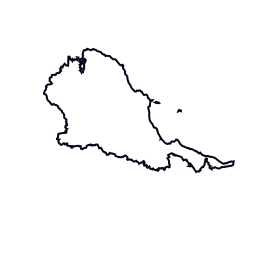 the district of Douglas, Queensland, Australia, rotated 323°
{"feature_id": "25037944B93362533996498", "entity_name": "Douglas", "entity_type": "district", "adm_level": 2, "iso_a3": "AUS", "parent_name": "Australia", "parent_adm1": "Queensland", "projection": "robinson", "projection_center": [145.346, -16.309], "detail": "fine", "context": "isolated", "style": "outline", "palette": "ink", "viewbox_px": 256, "rotation_deg": 323, "n_neighbors": 0, "source": "geoboundaries", "source_scale": "gbopen_adm2", "svg_char_len": 5828}
<svg xmlns="http://www.w3.org/2000/svg" viewBox="0 0 256 256"><g transform="rotate(323 128 128)"><path d="M192.2,218.3L191.6,218.1L190.5,216.9L187.0,215.6L185.8,215.7L184.4,214.5L183.2,214.4L182.6,214.0L180.8,209.4L179.4,204.1L176.9,200.8L176.2,200.5L175.3,198.8L172.6,196.8L171.9,195.1L171.1,194.5L170.9,191.1L169.9,190.9L169.7,191.1L169.2,190.7L169.0,188.4L168.2,187.6L168.4,187.2L167.7,186.4L166.5,183.5L164.5,181.8L164.5,180.6L163.5,179.9L160.5,174.7L160.1,172.2L160.5,168.0L160.2,166.9L159.5,166.2L158.8,166.6L156.7,166.7L155.0,165.2L153.4,165.2L152.5,165.9L151.9,165.7L151.1,164.8L150.0,164.6L149.5,164.0L148.6,162.2L148.2,157.8L147.9,156.8L148.1,156.3L147.6,156.3L148.1,155.9L148.9,150.5L150.5,145.9L150.1,144.4L149.0,143.2L149.9,139.3L149.7,136.9L150.2,134.6L152.0,131.4L154.5,128.2L156.4,123.8L157.2,123.4L158.5,123.7L161.9,120.2L163.0,120.3L163.5,120.8L164.3,120.5L163.4,120.0L162.3,118.6L162.6,117.3L162.0,116.6L162.9,113.9L162.9,112.5L160.6,111.2L160.5,108.7L160.9,107.8L160.3,106.5L160.4,105.5L159.3,104.6L158.6,104.6L157.6,103.4L156.4,103.7L155.5,103.2L155.0,99.9L155.0,97.6L155.6,95.7L155.7,92.4L157.2,88.3L158.5,86.3L158.3,83.0L159.9,80.5L160.0,77.4L160.7,76.2L161.5,75.8L161.9,74.8L161.6,74.2L160.7,74.7L159.5,72.6L159.3,65.6L157.7,64.4L157.0,62.5L156.7,59.6L154.5,57.5L153.4,57.0L153.4,55.2L152.8,54.9L152.0,52.8L152.1,51.3L149.5,47.6L149.4,46.3L148.7,45.7L148.4,44.8L147.7,44.5L147.5,43.8L145.3,43.7L143.0,40.1L142.4,40.2L142.1,40.7L140.7,40.2L139.9,39.4L138.9,39.7L136.0,41.8L135.7,43.4L133.9,44.4L133.9,46.2L133.2,45.3L132.0,44.5L131.0,44.7L130.6,46.0L130.7,47.6L132.4,47.8L132.9,47.0L133.6,47.4L134.1,47.1L134.2,45.5L134.6,46.8L135.3,47.4L135.1,48.4L133.0,49.8L132.0,50.0L131.3,50.6L129.3,53.6L128.4,53.5L127.7,54.9L127.2,54.8L127.0,55.2L126.1,55.5L125.6,56.3L124.6,55.7L124.2,55.9L124.5,54.1L124.2,53.1L125.9,53.0L126.7,52.2L125.8,51.1L125.9,50.5L127.1,49.9L127.5,49.3L127.5,48.5L128.9,49.1L128.9,48.6L130.1,48.6L129.3,47.4L129.8,46.8L129.1,45.6L130.0,44.7L129.8,43.8L130.4,42.9L130.3,42.1L130.7,41.8L130.0,41.1L130.0,42.2L129.1,42.2L129.0,42.9L128.3,43.1L128.3,42.4L126.9,41.6L127.1,41.4L126.9,41.0L125.6,41.4L125.2,41.2L125.5,40.6L125.2,40.2L124.5,40.6L124.9,39.7L124.1,39.9L124.2,39.6L123.7,39.3L123.9,39.1L123.3,38.4L123.8,38.2L123.5,37.7L123.1,37.7L123.4,37.4L123.2,37.1L124.2,36.2L123.8,35.3L123.2,35.3L117.7,42.2L116.4,41.1L116.0,38.6L114.2,39.1L112.7,39.9L112.9,39.2L112.2,39.0L111.3,39.0L110.3,39.7L109.9,39.6L109.5,39.8L109.6,40.2L109.1,41.9L108.3,41.5L108.0,42.2L107.1,42.6L105.9,42.6L105.7,42.0L103.7,41.3L102.2,42.1L99.4,39.9L99.0,40.0L97.5,41.4L96.0,40.9L94.9,41.6L94.6,42.4L93.7,43.2L94.1,44.6L94.0,46.8L92.8,46.5L92.7,46.2L92.1,46.3L90.2,45.1L87.8,45.2L87.5,45.3L87.3,46.6L86.7,46.7L85.9,47.6L83.7,48.4L81.7,49.7L81.5,50.0L82.4,51.6L82.4,53.2L81.9,54.5L81.1,55.3L80.6,57.9L81.3,60.4L81.0,60.8L81.2,62.5L81.0,62.9L81.2,63.6L81.8,64.0L83.0,63.9L83.8,66.0L84.8,66.9L85.1,68.2L84.8,68.7L85.0,69.4L84.4,70.4L85.1,71.6L85.0,73.3L85.5,74.8L84.8,75.9L85.2,77.2L85.0,78.9L83.3,81.3L83.8,84.4L82.8,85.6L82.3,85.6L82.1,86.5L81.6,86.9L81.7,88.0L81.1,89.0L80.6,88.6L80.2,89.0L79.5,88.7L78.3,89.6L78.2,90.3L78.8,91.8L78.1,91.6L77.4,93.1L76.5,92.9L76.6,93.7L75.9,94.6L74.8,94.1L74.6,93.4L73.9,93.4L71.5,91.9L70.4,91.8L70.0,91.3L68.7,90.8L66.6,93.2L64.9,93.7L64.5,94.2L66.0,95.7L65.1,95.8L65.0,96.4L64.0,97.3L63.8,98.5L64.4,101.1L65.1,101.6L67.4,101.5L67.9,101.9L67.8,103.1L69.3,103.3L70.1,103.8L69.7,104.8L68.9,105.3L70.2,107.0L72.2,108.6L71.1,109.1L71.0,109.7L71.9,110.2L73.7,110.0L77.8,112.4L77.7,112.9L79.3,114.2L78.7,114.7L78.0,116.6L79.1,117.6L79.8,117.2L82.8,118.6L84.2,117.4L86.1,117.8L87.1,118.2L87.3,118.8L88.3,118.7L88.6,120.3L89.3,120.1L90.2,121.2L90.9,121.3L91.2,121.9L92.0,121.8L93.6,122.7L93.1,126.5L92.8,126.8L94.0,127.7L94.5,127.7L94.0,132.0L95.0,133.3L94.9,133.9L95.4,134.5L94.9,136.5L95.8,137.4L97.1,137.0L97.6,137.5L98.6,137.0L100.1,139.3L100.6,139.4L101.7,141.3L101.7,142.0L101.2,142.3L101.5,143.2L102.5,144.9L104.9,147.3L105.9,147.4L106.9,148.3L108.0,147.9L109.6,148.6L109.9,151.0L109.4,151.9L108.5,152.4L108.5,153.2L110.5,154.1L111.2,154.8L111.1,155.3L111.9,155.8L111.9,156.9L112.5,158.3L113.9,159.1L114.8,159.1L114.8,159.9L115.6,161.8L115.3,163.3L117.2,163.3L118.6,164.2L120.3,163.7L120.7,163.8L120.5,165.2L119.9,165.0L119.3,165.8L119.5,166.5L118.6,166.7L118.4,167.9L120.5,168.9L120.6,169.2L119.6,170.0L119.4,170.7L119.6,171.4L122.0,171.6L121.9,172.1L121.1,172.4L121.2,173.8L121.5,174.3L122.8,175.0L122.6,175.7L123.7,175.8L123.6,176.3L124.7,178.3L126.1,178.6L126.1,179.0L125.7,179.4L125.8,179.9L126.4,180.2L127.2,180.0L127.7,179.0L128.5,178.6L129.3,179.7L130.7,180.2L130.6,180.8L131.9,181.0L131.8,183.3L132.7,183.2L133.8,182.1L135.8,182.3L136.5,183.2L137.0,183.3L137.0,184.1L137.6,184.3L139.2,182.6L139.2,181.3L141.0,179.0L141.3,175.8L143.5,176.1L143.7,173.8L147.4,174.3L148.7,176.0L148.1,176.5L148.9,177.6L148.6,177.8L149.3,178.6L149.7,178.2L153.2,183.3L152.9,187.3L154.4,187.5L155.7,188.7L155.5,189.4L155.1,189.4L155.4,192.8L154.8,193.4L154.9,194.0L156.4,194.1L156.2,195.3L153.7,195.1L155.3,196.6L156.4,196.7L156.0,204.2L157.5,204.4L158.3,205.4L158.8,205.1L159.3,205.5L160.4,205.4L160.3,204.9L161.0,204.4L163.7,203.8L164.6,204.5L165.5,203.8L166.8,203.5L169.4,201.1L169.9,201.2L171.0,199.5L172.4,199.6L172.5,200.2L170.7,202.0L171.3,204.6L170.4,205.4L170.7,206.5L170.3,207.2L170.8,208.0L169.9,208.0L169.2,209.0L170.0,211.4L170.9,210.6L171.8,210.6L172.5,211.5L174.0,211.8L175.2,214.1L176.7,215.4L179.5,215.7L181.5,217.3L182.9,217.4L183.7,218.4L186.5,219.4L187.5,220.4L189.8,220.7L192.2,218.3ZM165.0,123.8L165.5,125.0L166.8,125.6L167.1,126.5L167.9,126.8L167.8,126.0L167.0,125.6L166.4,124.2L165.0,123.8ZM180.4,146.4L180.8,145.7L180.2,145.1L179.9,145.7L180.4,146.4ZM178.1,144.9L178.8,145.0L179.0,144.5L178.5,144.6L178.1,144.9Z" fill="none" stroke="#020617" stroke-width="2"/></g></svg>